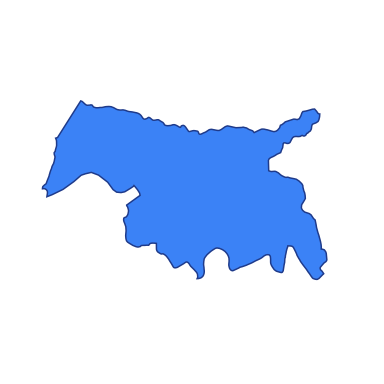 outline of Desruisseaux, Micoud, Saint Lucia, rotated 345°
{"feature_id": "8701671B99321727283863", "entity_name": "Desruisseaux", "entity_type": "district", "adm_level": 2, "iso_a3": "LCA", "parent_name": "Saint Lucia", "parent_adm1": "Micoud", "projection": "robinson", "projection_center": [-60.935, 13.796], "detail": "fine", "context": "isolated", "style": "filled", "palette": "blue", "viewbox_px": 384, "rotation_deg": 345, "n_neighbors": 0, "source": "geoboundaries", "source_scale": "gbopen_adm2", "svg_char_len": 6075}
<svg xmlns="http://www.w3.org/2000/svg" viewBox="0 0 384 384"><g transform="rotate(345 192 192)"><path d="M298.1,305.0L297.1,302.1L296.0,300.3L296.0,298.8L296.4,298.0L298.5,296.5L301.2,294.7L303.3,293.9L304.2,293.2L304.7,292.4L305.8,286.0L305.7,284.4L304.9,282.2L303.4,281.1L302.1,280.6L302.7,278.4L303.1,276.0L303.3,273.0L303.3,266.7L303.1,263.6L303.1,258.5L303.4,255.7L303.7,250.9L302.5,249.1L301.1,244.9L299.7,243.2L295.6,240.5L294.1,238.3L293.6,236.5L293.6,235.4L294.6,232.7L298.3,229.2L299.8,227.6L300.4,224.5L300.6,222.0L300.3,219.9L300.4,216.2L300.7,214.3L300.2,212.4L298.3,209.2L296.1,206.7L294.1,205.6L290.4,203.8L288.4,202.5L286.5,202.2L285.4,201.6L283.0,199.5L281.9,198.2L280.4,195.9L278.2,193.8L276.9,193.3L274.0,192.8L272.8,192.2L271.6,191.3L274.0,181.2L275.1,179.9L276.8,179.2L279.8,178.7L281.8,178.2L283.9,177.5L287.8,176.9L289.6,174.3L291.0,172.7L292.6,168.9L293.6,168.3L294.8,168.7L296.3,169.7L297.7,170.0L298.9,169.8L299.6,169.4L301.5,167.3L303.2,165.6L304.7,165.0L306.7,165.2L309.0,166.0L310.8,166.3L313.0,165.8L314.1,166.7L315.1,167.0L316.4,166.7L318.1,165.1L319.0,165.1L320.0,164.4L321.5,163.9L322.2,163.6L323.6,162.0L324.7,159.3L325.5,158.1L326.4,157.6L329.6,157.3L332.0,156.5L333.3,155.0L334.7,152.4L335.6,149.7L335.1,149.6L334.1,148.7L333.2,146.2L331.9,143.6L329.7,143.2L326.1,143.3L323.1,143.3L319.9,143.0L318.5,144.2L316.9,146.6L314.6,149.0L312.4,149.3L310.3,148.3L309.0,147.9L300.2,148.4L298.3,149.4L296.3,150.2L294.7,150.4L293.2,152.7L290.7,154.4L289.0,155.0L287.5,155.0L286.5,154.8L284.5,153.7L281.3,151.7L277.8,149.9L275.8,149.3L274.4,149.4L271.1,150.0L267.4,150.7L266.4,148.6L263.2,146.3L261.3,144.3L259.8,143.5L258.2,142.6L256.7,142.5L251.1,141.3L244.4,137.8L243.2,137.3L241.0,137.5L236.4,139.2L234.1,139.6L232.2,139.0L227.3,136.6L226.4,136.4L225.6,136.3L224.7,136.3L220.8,137.6L219.5,137.8L218.4,137.9L216.5,138.3L215.5,138.4L214.8,138.3L214.1,138.0L213.7,137.3L213.7,136.2L213.5,135.3L213.2,134.8L212.5,134.4L210.6,133.5L209.4,133.1L208.2,133.0L207.2,133.0L205.3,133.0L204.7,132.8L204.4,132.4L204.1,131.8L202.6,127.6L201.9,126.3L201.1,125.5L200.4,125.3L199.6,125.3L198.8,125.4L197.7,126.5L197.2,126.5L196.5,125.9L194.4,123.8L193.1,122.8L192.1,122.3L191.0,122.1L188.7,122.2L185.7,121.7L184.2,121.1L183.2,120.4L182.7,119.7L182.7,119.2L182.4,118.3L181.9,117.3L179.6,115.0L179.1,114.3L178.2,113.5L177.1,113.2L175.3,113.1L173.9,112.9L173.3,112.7L172.5,112.2L172.0,111.5L170.6,109.5L169.9,108.9L169.2,108.7L168.5,108.9L167.6,109.3L165.4,109.5L164.9,109.3L164.3,108.9L163.8,108.3L163.6,107.7L163.0,106.1L162.6,104.9L161.6,103.3L160.8,102.5L160.1,101.9L159.0,101.2L155.0,99.2L151.8,97.9L150.6,97.2L148.6,95.8L146.6,94.8L144.3,94.4L142.9,93.9L141.5,93.2L140.8,92.8L138.9,91.0L138.2,90.3L136.0,88.7L133.9,87.9L131.1,87.3L130.1,87.2L127.7,87.1L126.8,87.0L125.6,86.7L124.9,86.5L124.2,86.5L122.1,86.1L121.2,85.8L120.4,85.4L118.9,84.4L118.6,83.8L118.3,82.9L117.8,82.0L116.5,81.6L115.7,81.6L113.2,81.1L112.4,80.6L111.5,79.5L109.6,76.5L109.3,76.1L108.1,75.2L76.2,104.6L74.2,104.7L74.3,105.4L74.4,107.3L74.0,109.1L73.3,111.9L72.7,113.2L70.8,116.3L70.5,117.2L69.3,118.1L69.0,118.4L68.7,119.9L68.8,122.8L68.6,123.1L68.2,123.9L66.8,126.8L66.2,127.7L65.6,128.8L65.2,129.1L63.5,131.0L62.0,133.5L61.2,134.4L59.9,136.4L59.2,137.6L58.8,138.2L58.0,139.7L55.3,143.3L53.4,146.0L53.0,146.4L51.8,146.8L50.1,147.7L49.4,148.1L49.1,148.5L48.6,149.5L48.4,150.2L49.8,150.4L50.4,150.7L51.0,151.0L52.0,152.2L52.4,153.4L52.4,154.4L52.1,155.6L50.6,159.0L56.1,158.4L68.1,156.1L80.5,151.4L89.3,147.1L93.8,146.8L99.8,147.0L106.1,151.5L113.1,160.7L116.4,169.3L119.1,172.6L123.3,174.2L127.1,174.4L133.3,172.6L136.8,171.4L137.6,170.7L138.4,172.2L140.0,175.8L141.1,179.4L141.0,181.8L125.5,187.7L125.4,188.3L125.9,189.7L126.0,191.8L125.9,193.4L125.5,194.6L124.4,196.8L123.4,198.0L121.9,199.1L119.8,199.3L119.2,199.9L118.7,201.3L118.6,202.8L118.9,205.5L119.1,208.4L118.3,212.4L116.6,217.1L116.1,220.2L116.1,222.2L116.8,223.7L118.0,225.1L121.1,228.3L123.9,230.4L125.6,231.2L127.9,231.3L129.1,230.6L130.5,230.8L132.9,231.4L134.3,231.6L136.4,232.2L137.9,231.1L138.6,230.9L140.1,231.0L142.2,231.6L144.3,232.4L142.9,237.9L142.8,238.7L142.9,239.4L143.1,240.4L143.6,241.3L145.4,243.2L146.2,243.9L148.0,244.2L148.7,244.8L149.6,245.8L150.4,246.9L151.2,248.6L152.0,250.6L152.3,251.6L152.6,252.8L153.6,255.9L154.4,259.0L154.7,259.9L155.2,260.5L156.1,260.9L157.1,261.0L158.5,261.0L159.4,260.7L161.6,260.1L165.3,259.1L166.3,258.7L167.8,258.2L168.7,258.2L169.4,258.6L169.9,259.1L170.2,259.7L170.6,260.4L171.0,261.9L171.6,263.5L173.9,267.4L175.2,270.0L175.6,270.8L175.8,271.6L176.0,272.5L175.9,273.6L175.5,275.8L174.5,277.0L175.8,277.3L176.8,277.3L177.7,277.3L178.5,277.2L179.4,276.9L180.8,276.1L181.4,275.5L182.0,274.7L182.7,273.5L183.2,272.2L183.5,271.0L183.7,269.6L184.0,268.2L184.3,265.7L184.5,264.7L185.4,262.1L186.4,259.9L187.2,258.9L187.9,258.3L190.1,256.6L191.0,256.1L193.6,254.8L195.3,254.0L196.7,253.5L198.9,252.8L199.9,252.5L200.7,252.5L201.6,252.5L204.0,253.6L206.2,255.3L206.8,255.9L208.5,257.9L209.8,260.5L210.4,262.7L210.5,263.5L210.6,265.4L210.4,266.4L210.1,267.8L209.8,268.8L208.9,271.2L208.6,272.4L208.5,273.3L208.5,275.3L208.7,276.2L209.2,277.3L209.8,278.0L210.7,278.5L211.2,278.6L213.0,278.3L217.7,277.5L218.6,277.1L221.5,277.1L225.5,276.8L227.2,276.5L230.3,276.1L232.0,275.8L235.7,274.9L240.0,274.2L242.2,273.6L245.3,272.3L247.3,271.9L248.9,272.1L249.6,272.4L250.3,272.7L250.7,273.4L251.0,274.5L250.6,277.0L249.9,279.6L249.6,281.0L249.6,282.2L249.8,283.6L250.3,285.4L251.3,288.2L252.6,289.9L253.4,290.6L256.9,292.7L257.9,293.0L258.4,292.9L258.7,292.7L259.7,291.7L262.1,286.2L263.3,283.9L264.0,281.7L264.5,280.3L265.4,278.9L265.6,278.0L267.2,274.9L267.8,273.6L269.1,271.3L270.0,270.1L270.7,268.8L271.5,269.1L273.4,269.7L274.7,270.4L275.2,271.1L275.6,271.8L275.8,272.7L276.7,277.0L277.0,279.0L277.1,280.5L277.4,281.6L278.0,284.0L278.4,285.1L278.9,287.3L280.5,291.5L282.5,296.3L283.7,299.9L284.3,301.2L285.3,304.2L286.1,306.2L286.6,306.9L288.4,308.1L289.8,308.7L290.6,308.8L292.4,308.3L297.3,305.4L297.7,305.3L298.1,305.0Z" fill="#3b82f6" stroke="#1e3a8a" stroke-width="1.5"/></g></svg>